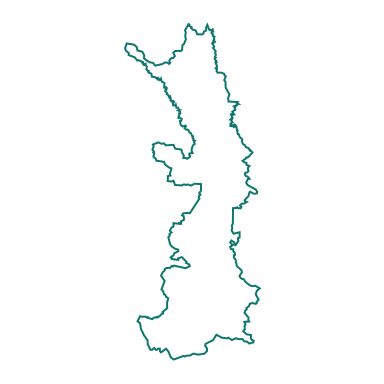 Tena, Napo, Ecuador (Natural Earth projection), rotated 271°
{"feature_id": "8360857B35780226802256", "entity_name": "Tena", "entity_type": "district", "adm_level": 2, "iso_a3": "ECU", "parent_name": "Ecuador", "parent_adm1": "Napo", "projection": "natural_earth1", "projection_center": [-77.608, -0.944], "detail": "fine", "context": "isolated", "style": "outline", "palette": "teal", "viewbox_px": 384, "rotation_deg": 271, "n_neighbors": 0, "source": "geoboundaries", "source_scale": "gbopen_adm2", "svg_char_len": 6071}
<svg xmlns="http://www.w3.org/2000/svg" viewBox="0 0 384 384"><g transform="rotate(271 192 192)"><path d="M352.2,208.8L352.6,210.0L353.0,209.4L354.1,210.1L355.0,209.7L354.1,208.4L354.5,206.4L359.3,204.4L356.7,203.3L353.7,203.3L352.6,201.2L350.4,200.5L349.7,199.4L349.8,194.4L353.6,192.9L354.4,189.7L356.1,188.2L356.8,188.7L358.0,186.4L359.2,186.5L359.8,185.6L353.4,182.2L351.7,183.0L348.0,182.5L344.6,183.2L339.8,181.4L338.7,179.9L334.1,179.6L332.9,178.7L332.7,172.8L330.8,170.8L327.7,172.5L325.6,170.9L325.5,169.1L324.2,167.8L323.0,167.0L320.7,167.9L319.7,166.9L320.9,165.2L321.1,162.8L319.4,160.0L317.7,153.0L320.3,150.9L321.1,146.9L324.7,141.7L328.1,141.8L331.4,139.8L332.5,135.0L336.0,134.2L338.3,131.5L339.4,124.1L334.5,122.6L332.0,123.5L329.8,126.4L327.8,126.3L325.5,132.6L322.4,135.0L322.9,136.2L321.5,139.5L320.7,139.7L321.0,140.6L318.9,141.0L319.3,142.9L318.2,142.2L318.0,143.7L316.4,144.7L313.8,144.2L312.1,146.6L311.6,146.0L310.6,146.5L309.7,149.3L306.5,149.9L306.4,152.5L305.4,154.0L305.6,155.4L304.7,154.9L303.7,156.0L304.4,156.9L305.2,156.6L303.7,157.7L304.5,158.5L303.6,158.3L304.0,159.2L301.9,159.8L300.4,162.6L296.1,162.3L296.4,163.9L295.1,163.8L295.2,164.9L293.8,164.6L293.8,163.1L293.5,163.9L292.3,163.4L290.6,165.3L289.3,165.1L288.9,166.2L287.1,167.1L287.5,168.5L286.3,168.8L285.6,168.0L284.5,169.2L283.0,169.0L282.9,170.4L282.1,170.6L282.6,171.9L281.6,172.6L280.2,171.3L278.2,171.7L278.3,173.2L279.3,174.2L276.0,174.9L276.1,176.5L274.4,177.5L273.5,176.7L273.5,178.2L272.9,177.5L271.9,178.6L270.4,178.9L270.2,177.7L268.7,178.0L266.7,177.1L265.7,177.3L266.1,178.5L264.9,180.5L262.9,180.0L262.8,178.8L259.2,179.4L257.4,181.4L258.3,184.5L257.5,184.8L255.6,183.5L254.1,185.2L254.4,186.4L253.7,187.5L251.7,188.1L250.6,190.0L247.9,191.2L247.7,192.2L246.1,191.6L244.9,192.8L243.9,192.4L243.2,194.0L242.0,193.1L240.1,193.9L238.8,192.3L236.5,191.3L233.4,190.8L231.0,191.9L230.5,188.8L229.2,188.5L228.1,189.5L227.1,189.3L225.1,186.5L225.9,185.3L225.9,182.8L228.2,183.2L231.4,181.3L234.2,180.7L235.1,174.4L238.8,172.7L238.2,164.9L240.1,163.1L239.7,160.8L241.0,157.6L238.8,152.1L236.7,152.9L233.6,151.7L231.9,153.2L230.9,152.5L230.2,153.6L226.7,152.8L224.4,155.3L222.7,155.8L221.6,163.7L219.4,164.2L216.0,168.7L215.3,171.0L209.7,169.5L208.1,170.2L207.5,167.6L202.5,167.6L202.1,171.4L203.0,173.3L198.7,174.9L198.4,181.7L199.5,183.8L198.9,186.1L199.5,187.7L198.4,190.9L200.3,194.4L200.1,200.8L193.6,201.0L190.9,199.2L189.4,200.5L188.4,199.2L186.7,198.9L185.7,199.6L170.7,190.2L171.1,188.4L170.5,183.6L168.5,182.4L167.7,184.1L164.7,184.5L163.8,184.2L162.7,181.7L160.9,181.6L160.9,180.3L159.9,180.9L160.5,174.0L157.0,174.1L156.0,172.1L152.9,170.5L151.2,172.2L149.7,170.2L148.0,170.5L146.4,169.1L139.1,171.1L136.8,173.2L134.8,176.4L134.3,178.9L133.4,179.5L132.5,179.2L130.4,175.3L128.2,174.5L126.8,172.3L126.2,171.8L125.4,173.0L124.6,172.9L123.9,179.4L125.4,179.2L126.7,183.0L122.0,187.7L121.0,187.3L119.5,190.5L117.7,191.0L115.7,186.8L118.1,175.4L117.2,174.4L117.8,173.2L115.7,171.3L115.6,167.9L114.6,166.2L113.2,166.1L111.0,164.0L107.8,162.5L102.6,166.2L94.0,163.2L92.9,164.5L89.1,165.9L88.8,167.0L87.0,167.7L85.3,170.1L81.2,169.0L75.4,169.2L71.4,164.6L70.5,165.4L69.8,164.9L69.2,163.4L67.0,161.6L66.6,159.3L66.0,159.6L65.7,155.9L64.2,154.6L65.4,150.0L66.1,149.9L65.6,149.1L66.6,147.5L66.4,143.6L66.9,142.3L61.8,139.8L60.0,142.3L54.1,143.4L47.7,146.6L43.1,150.1L39.0,150.4L33.5,153.2L33.6,155.0L35.4,156.7L33.4,158.9L34.9,161.2L34.8,162.6L32.4,162.6L31.1,163.8L34.9,168.8L32.0,171.2L26.1,173.8L24.2,176.7L28.0,186.5L27.4,187.4L28.3,189.7L28.4,192.8L30.4,196.0L29.5,201.1L30.5,207.0L33.4,209.9L35.9,209.7L38.6,207.8L40.5,208.4L44.2,215.5L49.7,218.9L46.8,224.5L46.3,229.7L47.0,230.8L44.7,234.5L46.6,238.6L45.7,240.8L45.8,245.2L43.6,246.8L43.4,249.5L41.5,251.9L42.7,256.0L44.5,256.2L45.2,254.3L46.5,253.4L50.1,253.4L50.6,249.2L53.6,245.6L55.7,247.2L59.1,246.9L60.3,247.8L63.1,246.6L63.5,251.4L64.9,250.6L67.4,250.7L72.1,246.6L74.4,247.3L75.8,248.8L76.9,248.4L78.9,251.0L81.2,251.7L82.0,254.3L81.3,257.8L82.0,258.7L83.2,258.5L85.4,260.5L90.9,257.5L94.4,258.6L96.8,261.4L99.3,257.1L98.9,253.7L99.9,251.1L103.3,246.8L105.7,245.3L106.2,243.1L107.6,241.5L109.0,241.0L112.5,243.3L114.5,242.9L118.8,238.1L125.1,236.7L127.1,235.1L129.6,235.0L129.9,236.1L132.1,235.8L133.3,234.4L135.5,234.2L135.6,232.0L137.8,231.1L139.7,233.7L142.1,231.0L144.2,232.3L142.2,235.3L140.0,235.5L139.5,236.5L143.9,239.2L146.5,238.6L147.3,240.4L152.6,240.3L151.0,234.3L154.2,232.3L156.9,232.9L158.9,232.4L161.4,233.4L176.6,233.3L176.8,236.6L177.5,237.5L176.6,238.5L176.6,241.1L178.1,241.7L179.3,240.2L181.2,241.8L181.3,244.2L183.0,247.0L183.8,245.0L184.8,244.8L188.9,248.5L192.8,249.5L193.3,250.3L191.6,253.0L191.4,255.6L191.9,257.0L193.5,257.2L195.6,255.7L200.0,247.4L202.3,246.0L205.8,247.5L206.2,249.3L208.3,247.5L208.9,245.6L210.2,244.7L212.1,244.9L212.6,246.9L213.8,248.1L216.9,247.4L219.0,249.0L220.2,246.0L222.1,245.9L222.6,243.8L224.0,242.0L227.0,246.0L227.5,245.8L227.6,247.4L232.4,251.8L233.7,250.9L234.1,249.5L235.0,249.5L235.2,248.6L236.8,247.9L237.8,245.0L239.7,244.1L240.6,242.3L243.4,241.0L245.6,241.3L247.7,238.9L250.5,237.8L250.6,236.9L252.9,236.2L254.3,236.6L254.7,235.9L257.5,235.4L258.0,234.1L258.8,234.8L259.9,234.0L260.3,233.2L258.0,232.5L259.9,230.7L258.5,230.8L258.7,229.2L261.0,229.3L262.5,231.3L264.1,229.9L265.8,230.8L265.6,229.6L267.2,231.1L269.7,229.8L269.8,231.0L270.7,230.5L270.5,232.7L273.0,230.9L275.1,233.9L277.1,233.0L278.3,234.2L278.7,232.9L279.9,235.6L280.9,235.6L280.9,236.6L281.8,235.2L282.7,236.0L283.1,226.9L286.8,226.5L290.1,227.8L297.0,223.8L302.7,223.6L304.4,222.3L308.4,223.7L309.2,222.5L310.8,222.1L311.8,219.3L311.8,215.5L313.1,214.5L314.9,214.7L315.8,213.9L315.8,214.8L317.2,214.3L318.1,214.9L320.9,213.6L322.3,214.3L322.5,213.3L323.4,213.9L325.7,212.3L326.8,213.4L327.3,212.6L329.6,213.5L331.4,212.6L333.0,213.3L336.4,210.6L337.6,211.7L340.6,210.0L341.3,210.8L341.2,209.8L343.1,210.9L343.2,211.8L344.2,210.8L345.2,211.6L347.2,211.1L347.7,211.7L348.7,210.0L350.0,210.3L351.1,208.8L352.2,208.8Z" fill="none" stroke="#0f766e" stroke-width="2"/></g></svg>